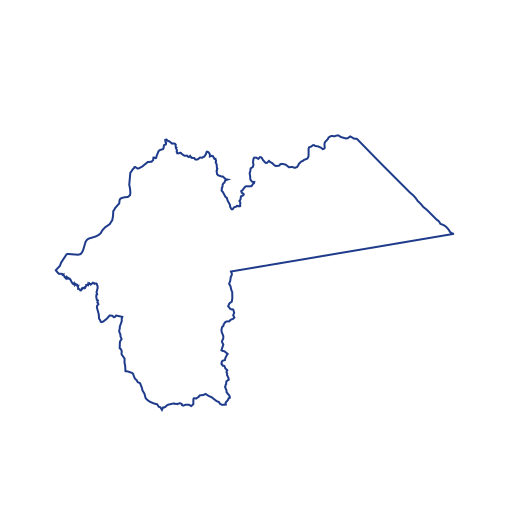 outline of Ituango, Antioquia, Colombia, rotated 165°
{"feature_id": "7082276B28262525732127", "entity_name": "Ituango", "entity_type": "district", "adm_level": 2, "iso_a3": "COL", "parent_name": "Colombia", "parent_adm1": "Antioquia", "projection": "robinson", "projection_center": [-75.707, 7.329], "detail": "fine", "context": "isolated", "style": "outline", "palette": "blue", "viewbox_px": 512, "rotation_deg": 165, "n_neighbors": 0, "source": "geoboundaries", "source_scale": "gbopen_adm2", "svg_char_len": 6149}
<svg xmlns="http://www.w3.org/2000/svg" viewBox="0 0 512 512"><g transform="rotate(165 256 256)"><path d="M386.7,131.7L384.9,133.8L384.0,133.5L382.8,133.6L381.1,134.6L379.3,135.1L373.5,134.9L372.9,134.2L371.3,133.9L370.4,133.3L367.9,133.6L366.1,132.4L366.0,131.0L364.9,130.3L362.6,130.6L359.3,129.7L357.4,127.8L354.9,129.1L353.5,134.0L352.6,134.7L350.7,133.8L347.8,134.8L346.6,135.9L342.7,135.4L340.4,135.8L337.9,133.0L335.4,131.1L331.7,126.1L329.6,124.5L329.0,122.5L327.3,121.0L323.6,120.3L323.5,121.8L322.2,123.1L321.7,123.2L319.9,124.6L319.4,125.6L317.9,125.9L317.8,127.6L318.5,129.6L319.1,130.2L319.1,131.1L319.7,132.2L319.3,133.6L319.8,137.6L319.3,138.0L318.5,139.7L318.0,140.0L317.4,141.9L316.8,142.7L314.3,143.6L314.2,145.6L314.8,148.6L314.3,149.8L314.6,151.3L314.2,152.2L313.3,153.1L314.7,155.3L315.0,157.9L315.8,158.5L316.5,158.6L317.3,160.7L316.9,161.1L316.7,162.3L316.0,163.1L315.1,163.5L313.0,163.5L311.9,165.5L309.5,168.2L308.7,168.7L311.2,172.2L313.0,173.1L313.8,173.9L310.5,178.9L311.1,181.9L310.6,183.0L309.2,184.4L308.6,185.9L308.3,187.3L308.8,191.4L308.5,193.7L307.1,196.2L305.7,196.8L305.0,198.2L302.8,200.1L301.4,200.4L298.6,199.8L297.2,200.9L294.2,201.3L292.8,202.1L293.4,204.6L291.8,206.8L291.8,209.8L292.3,210.5L293.6,210.8L294.4,211.4L295.9,214.7L294.0,217.1L291.2,218.2L289.8,221.3L288.3,227.3L288.6,229.0L288.5,233.7L289.2,236.0L287.1,239.1L285.9,242.1L284.2,244.1L283.9,245.5L284.2,247.5L59.1,226.2L60.5,226.9L62.2,228.7L63.3,232.1L65.1,235.5L66.8,237.3L69.6,239.4L70.1,241.5L71.0,243.2L71.9,244.0L79.1,256.5L81.8,260.2L83.3,263.6L85.5,267.2L87.0,271.2L88.6,274.2L90.9,277.5L111.3,312.9L128.1,342.8L128.5,343.2L130.8,343.9L134.0,347.1L137.1,346.0L138.8,346.3L143.3,349.0L145.1,351.1L146.9,351.5L149.5,351.3L151.1,352.2L153.0,352.4L155.3,351.6L156.3,350.4L160.1,348.0L161.0,346.2L161.6,342.8L162.2,342.1L163.8,341.9L165.3,343.9L167.7,345.8L170.4,347.0L171.3,348.1L172.4,348.3L174.4,347.4L176.5,347.3L177.5,345.9L178.9,340.5L179.5,338.7L180.5,337.4L181.6,336.7L184.7,336.4L186.2,335.7L187.7,335.6L190.8,333.9L191.7,332.6L193.4,331.3L195.7,331.1L198.1,332.7L201.2,333.2L203.7,336.6L206.8,338.2L208.7,338.4L209.9,337.4L210.6,337.3L213.7,337.8L214.9,339.1L216.2,341.4L217.9,343.0L218.9,344.5L221.1,343.2L222.0,343.2L222.7,343.6L224.4,346.8L225.0,349.1L225.7,350.2L226.9,350.4L228.6,349.2L230.5,351.1L232.4,351.4L233.3,350.5L234.3,348.1L234.7,347.0L234.8,344.8L235.7,343.4L236.0,342.8L238.5,342.0L239.5,339.5L240.7,337.7L241.1,334.1L241.6,332.0L241.4,330.5L240.7,329.0L239.8,328.3L238.5,328.0L239.1,326.8L240.2,326.4L242.3,324.6L246.0,325.4L246.9,325.8L248.5,325.8L252.1,323.0L253.5,322.5L253.4,320.7L252.0,319.4L252.0,318.4L253.1,317.8L255.1,317.5L256.4,314.5L257.8,313.4L257.3,311.9L258.4,308.3L259.6,308.3L260.1,308.9L261.5,309.4L262.0,308.8L264.6,308.7L266.5,307.2L267.1,307.2L267.7,308.0L268.2,309.9L267.9,312.0L269.1,317.0L269.1,319.8L270.1,320.7L271.5,326.6L272.0,327.2L272.3,328.3L271.7,329.3L271.5,330.5L270.8,331.0L269.7,333.6L268.7,334.6L267.5,335.1L266.1,337.0L263.7,337.2L265.4,338.0L267.4,341.3L268.5,341.6L271.9,343.9L272.0,344.5L272.4,345.1L272.1,348.3L271.6,348.6L271.5,349.4L270.7,350.4L271.0,351.1L270.3,354.6L270.7,357.1L270.0,358.0L270.0,360.4L270.9,360.5L270.9,361.1L271.5,361.9L271.6,363.4L273.1,364.3L274.8,364.1L274.3,365.8L274.5,367.2L275.3,368.8L276.2,369.5L276.8,369.3L277.9,367.5L280.3,365.3L281.2,365.4L282.5,364.8L284.5,365.6L287.3,364.4L289.2,364.7L289.8,365.2L290.2,366.5L292.9,367.5L292.9,368.3L293.7,368.9L293.8,369.7L295.1,369.0L295.8,369.2L296.6,370.8L298.8,371.2L299.5,371.7L301.7,374.3L301.8,375.0L302.5,375.4L304.3,375.2L305.5,375.6L305.4,376.4L305.7,377.1L305.0,378.5L305.4,381.1L304.9,381.4L305.3,381.9L305.1,383.6L304.7,384.3L305.3,385.5L307.0,386.2L307.9,386.2L309.9,389.0L311.6,390.3L312.2,391.6L312.7,391.7L313.2,390.9L313.7,391.2L313.9,389.3L313.5,388.7L314.2,387.1L315.9,387.0L316.5,386.3L317.3,384.2L318.2,383.3L321.4,383.2L322.9,382.6L326.1,378.4L327.0,376.6L327.8,376.5L328.9,377.5L329.6,377.6L330.5,375.3L332.6,374.1L336.2,374.8L342.9,371.8L346.5,371.0L347.7,371.1L349.6,373.2L350.4,373.3L350.9,372.6L352.1,372.0L355.9,368.8L360.0,357.6L360.2,354.1L360.9,349.9L361.9,347.4L364.4,346.2L368.3,346.8L371.3,346.7L372.5,346.2L373.3,345.3L374.5,342.2L379.8,338.7L380.9,337.3L382.2,336.4L383.7,331.8L385.5,327.9L389.1,324.6L394.5,322.7L398.0,320.4L400.0,318.3L402.7,317.0L406.2,316.3L413.0,316.1L414.9,315.5L416.8,314.0L421.6,306.2L423.3,304.4L425.0,303.2L427.6,303.3L437.6,306.8L438.7,306.5L445.9,300.1L448.0,297.2L452.9,294.2L452.6,293.8L452.8,293.2L451.1,289.9L448.1,289.0L447.7,288.3L447.7,287.8L446.7,288.0L446.9,287.4L446.1,285.5L446.2,285.1L445.6,284.9L445.6,283.6L445.3,283.5L444.5,284.4L444.4,283.3L443.5,283.9L443.0,283.4L443.1,282.7L441.9,282.4L441.8,281.7L441.4,281.5L440.7,278.0L439.9,276.3L439.6,276.1L438.9,276.7L438.9,275.8L438.4,275.9L438.4,275.3L437.8,276.0L437.3,275.5L437.3,274.8L436.3,274.6L436.1,273.6L435.5,273.4L436.2,272.7L435.8,272.2L436.3,270.4L435.9,270.4L435.0,269.3L434.6,268.2L434.0,268.1L432.9,268.8L432.7,269.6L432.0,270.0L431.6,269.6L430.5,269.9L430.6,269.4L429.6,269.2L428.4,270.6L427.3,271.3L427.4,271.8L426.5,271.7L425.8,272.2L425.5,271.7L425.0,272.8L424.8,272.4L424.1,272.7L423.9,272.0L423.2,271.9L423.0,271.2L420.4,272.4L419.4,271.1L419.0,271.4L418.6,271.0L417.4,270.8L417.0,270.2L417.1,269.3L416.8,268.0L417.3,266.0L419.4,262.3L419.4,260.0L420.2,259.8L420.9,257.9L421.1,254.8L420.2,254.0L421.3,252.1L420.8,251.5L420.7,250.2L422.3,249.1L423.0,247.6L423.0,240.3L423.8,236.1L423.1,234.2L423.0,232.6L421.9,232.0L420.1,232.4L416.4,234.0L412.8,236.4L410.3,235.5L409.1,233.6L408.0,233.7L406.6,234.7L406.1,234.5L400.9,231.8L402.0,230.0L402.5,227.9L405.9,222.9L406.3,221.4L407.5,219.2L407.7,218.0L407.3,215.6L407.7,213.2L407.3,210.6L409.6,208.5L411.5,202.4L411.5,202.0L410.8,201.4L410.3,199.2L411.3,195.8L409.5,190.9L410.6,187.1L410.8,183.8L411.9,178.5L410.0,177.8L406.2,175.3L405.3,174.2L404.9,169.8L404.5,168.6L403.4,166.8L402.9,164.8L400.9,163.1L400.3,157.7L400.5,155.6L399.4,152.0L399.4,147.5L399.2,146.8L397.8,144.5L396.0,142.5L392.8,140.0L389.8,138.3L389.0,135.6L387.5,134.6L386.7,131.7Z" fill="none" stroke="#1e3a8a" stroke-width="2"/></g></svg>